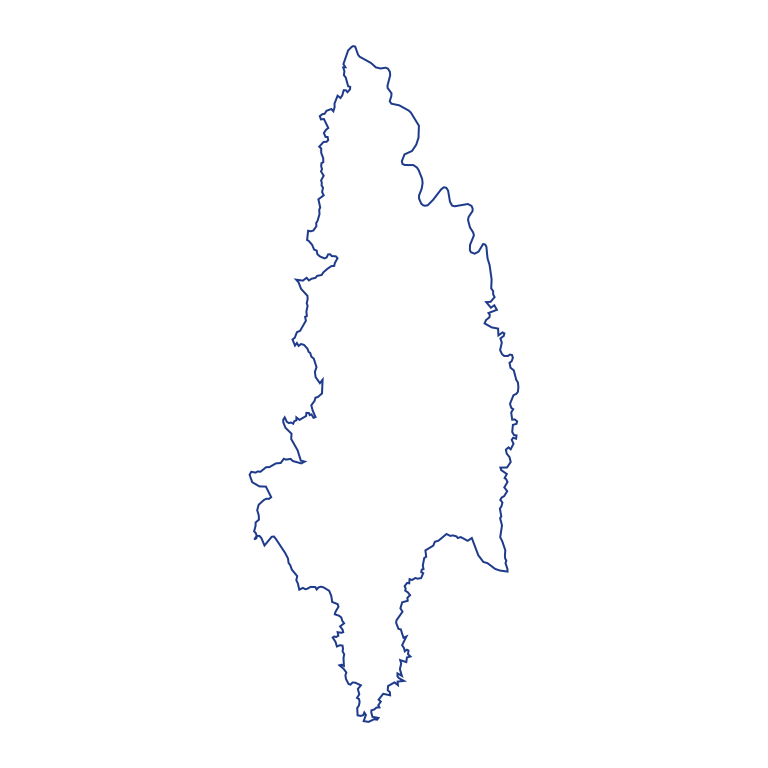 Vacaria, Rio Grande do Sul, Brazil
{"feature_id": "56859067B46589048309453", "entity_name": "Vacaria", "entity_type": "district", "adm_level": 2, "iso_a3": "BRA", "parent_name": "Brazil", "parent_adm1": "Rio Grande do Sul", "projection": "equal_earth", "projection_center": [-50.936, -28.365], "detail": "fine", "context": "isolated", "style": "outline", "palette": "blue", "viewbox_px": 768, "rotation_deg": 0, "n_neighbors": 0, "source": "geoboundaries", "source_scale": "gbopen_adm2", "svg_char_len": 6096}
<svg xmlns="http://www.w3.org/2000/svg" viewBox="0 0 768 768"><path d="M418.9,125.7L410.8,112.5L408.6,110.5L399.2,105.3L391.4,103.7L389.7,101.2L391.3,96.3L391.5,93.3L387.6,87.9L387.5,85.6L390.2,75.3L389.9,71.9L388.0,68.7L385.6,67.7L380.7,68.5L375.9,67.4L371.0,63.0L359.6,56.7L358.0,54.6L355.2,46.6L353.2,46.1L351.5,47.0L348.1,50.5L343.4,64.1L345.4,67.3L343.2,67.4L344.4,71.2L343.9,75.2L345.8,77.6L348.1,86.2L350.2,86.9L350.1,89.2L347.5,92.2L345.9,90.3L343.7,90.2L342.3,95.3L340.5,98.0L337.6,95.7L334.5,103.6L334.6,107.3L333.3,111.3L331.3,109.0L326.5,110.8L324.6,113.8L322.5,114.1L319.8,116.1L320.9,119.4L323.9,119.0L328.3,128.0L326.0,129.8L323.9,133.0L325.5,136.9L327.6,137.0L328.2,140.1L326.6,141.8L323.6,141.9L319.2,146.7L321.2,148.4L321.2,152.8L323.2,158.2L323.3,162.2L321.4,163.2L321.2,166.3L322.0,169.2L321.0,171.4L323.7,175.7L321.1,180.4L321.8,182.7L321.6,185.5L323.0,187.7L322.1,192.1L323.7,195.3L318.4,199.3L320.2,207.5L319.2,209.8L319.5,214.1L317.5,221.0L316.2,223.0L316.4,226.2L313.4,230.5L310.7,231.3L308.1,230.8L307.1,240.0L308.7,240.9L312.1,244.8L314.1,249.6L316.7,250.6L317.3,254.1L319.9,256.4L324.4,258.4L326.6,257.5L328.1,254.4L330.2,254.3L331.7,256.1L335.8,256.3L337.5,258.2L334.8,263.1L334.2,265.9L331.4,266.1L327.4,268.8L323.4,272.3L321.6,275.0L317.1,275.9L315.4,277.9L311.7,278.7L308.9,280.4L306.6,277.8L302.9,280.6L296.2,279.7L298.5,282.2L301.1,288.9L307.5,295.9L307.6,299.4L306.7,303.2L307.6,306.0L306.4,311.3L306.8,316.1L305.1,316.9L305.9,320.7L300.1,330.8L296.9,332.2L294.8,337.7L292.5,339.5L295.0,345.6L296.9,343.0L298.6,345.9L301.0,344.0L304.0,344.9L307.4,348.6L308.6,351.8L310.2,353.0L311.4,356.7L313.8,358.7L316.5,367.2L314.9,371.8L315.6,377.1L319.9,383.2L322.6,379.7L322.0,393.4L317.8,397.1L315.5,397.6L314.6,400.8L311.3,405.3L312.6,410.3L315.5,417.1L313.5,417.8L311.5,414.4L309.7,415.1L308.9,413.0L306.4,412.9L306.1,416.0L299.5,419.9L296.4,417.4L296.4,420.3L294.3,421.2L293.2,423.7L290.9,422.5L288.8,423.1L286.8,421.8L284.7,417.4L283.2,419.9L283.3,422.4L285.5,427.8L291.5,433.7L291.2,439.0L297.6,450.3L300.8,460.6L304.7,461.6L301.3,463.4L292.7,461.0L290.6,458.9L286.0,459.6L283.8,458.8L280.7,463.0L275.9,463.4L269.4,467.1L266.1,467.2L260.4,471.8L257.8,471.4L255.6,472.6L251.3,471.8L249.6,474.7L252.2,482.2L259.4,486.4L265.9,486.6L271.2,497.2L268.9,498.9L266.6,498.7L264.0,499.9L258.7,504.7L257.2,510.2L258.8,515.5L258.9,519.7L255.6,522.5L255.6,525.7L254.1,531.3L255.7,533.0L256.7,535.8L259.5,536.0L261.4,538.1L264.5,545.5L271.7,536.8L273.9,536.5L275.9,539.0L285.1,552.9L288.0,558.5L288.6,563.0L290.3,565.3L291.8,569.6L297.2,576.1L296.3,580.2L297.8,583.3L299.3,589.7L302.9,587.9L305.3,589.2L307.0,588.9L310.6,586.9L315.4,587.1L316.7,589.5L318.5,587.4L321.0,586.7L323.6,587.4L329.2,590.8L331.3,596.0L332.2,602.0L337.6,604.1L338.5,606.7L335.5,611.8L334.8,614.3L339.0,615.7L341.3,617.5L342.2,620.7L344.1,623.3L340.1,626.4L342.6,629.7L343.2,632.2L341.4,632.8L337.6,632.2L338.3,635.7L336.2,637.0L334.2,636.5L332.7,637.6L335.5,641.8L336.9,646.5L340.1,645.2L342.5,645.6L343.0,648.5L342.6,651.4L344.2,654.3L343.5,658.0L343.9,665.9L341.3,664.7L339.4,665.3L343.5,668.7L346.3,672.4L345.4,675.5L346.0,679.0L348.5,683.9L350.4,684.7L352.5,682.5L355.0,682.6L360.9,685.3L357.8,689.0L359.3,694.3L357.0,697.9L359.1,699.1L359.6,702.1L358.9,705.5L357.2,708.1L357.6,715.3L360.5,715.9L363.3,715.2L364.3,712.5L365.9,714.9L363.7,721.1L368.5,721.9L374.2,719.2L377.1,719.7L378.4,717.9L372.5,716.9L371.3,712.7L371.4,710.3L374.2,709.5L376.4,707.6L379.4,707.4L378.3,705.2L380.8,701.6L378.6,699.7L383.2,693.8L390.1,695.3L389.9,692.2L387.7,690.2L388.1,686.0L394.5,682.4L397.9,685.1L397.6,681.6L403.9,680.9L398.7,678.0L397.4,676.0L397.5,673.4L401.9,675.9L399.9,669.2L401.2,663.5L400.2,660.1L406.3,662.1L406.9,657.5L410.4,656.5L408.0,654.2L408.5,650.5L406.8,649.7L404.8,651.3L403.9,647.9L402.1,645.2L406.4,636.5L403.5,637.8L400.8,629.4L398.5,628.9L396.1,622.8L396.5,620.3L402.5,611.7L400.4,608.3L402.2,602.3L407.7,600.8L407.4,597.7L410.1,595.2L407.9,592.4L405.2,590.6L405.7,588.4L404.6,586.2L407.1,582.9L409.2,583.3L409.6,579.1L412.0,580.0L415.4,578.0L417.6,578.7L421.1,578.1L423.2,573.2L421.2,572.0L421.8,569.6L423.5,569.1L422.8,565.6L424.2,558.1L426.2,556.7L425.4,550.4L433.3,545.6L434.8,541.8L438.6,540.6L446.5,534.0L450.3,535.9L453.0,535.4L456.5,536.4L457.7,538.0L460.8,537.1L467.7,540.8L471.8,538.0L478.3,555.3L483.4,562.0L487.4,563.1L495.1,568.9L499.8,570.5L507.5,571.6L507.4,568.8L505.5,563.1L506.3,560.5L505.2,558.6L504.9,555.8L505.3,550.3L502.3,541.4L500.2,537.2L502.0,525.4L500.1,518.2L501.3,516.4L499.9,508.6L501.6,506.0L502.4,502.5L500.3,499.9L501.7,497.5L504.1,496.2L507.2,491.2L504.3,487.4L507.5,482.0L506.2,479.2L504.6,478.1L506.8,474.0L501.2,470.1L500.4,467.6L507.0,467.5L510.7,462.0L509.5,457.1L506.7,453.6L505.9,449.6L508.5,447.4L510.7,449.3L513.5,443.7L511.7,439.9L513.1,437.8L516.1,438.7L516.5,435.4L514.1,435.2L512.2,432.0L512.9,424.9L516.5,423.8L517.1,421.3L514.7,419.4L512.2,419.7L511.2,412.5L513.2,409.2L511.2,407.8L510.0,403.8L513.5,395.2L516.3,393.9L517.9,391.8L518.4,387.2L517.9,382.5L516.2,379.7L513.8,370.4L510.5,367.7L509.5,362.8L511.6,361.3L512.9,357.8L512.0,355.0L509.8,354.6L507.9,356.0L504.0,355.9L502.0,354.1L500.1,350.1L501.8,342.7L500.4,338.4L503.7,336.0L504.4,333.4L502.6,332.4L498.4,335.4L498.1,328.6L491.7,327.4L484.6,323.4L486.0,320.1L489.5,317.2L489.8,314.8L488.5,313.0L496.9,309.8L494.3,305.3L490.9,307.7L486.2,302.1L490.6,301.8L494.6,297.1L493.2,294.5L493.1,291.0L491.2,288.4L491.6,279.4L489.6,265.2L487.5,258.2L486.4,246.7L485.2,244.6L483.1,244.0L478.6,251.6L474.7,253.7L470.9,252.2L469.9,250.1L470.0,245.0L473.9,235.4L473.2,232.5L470.0,227.5L468.0,219.9L468.7,216.8L472.6,211.0L472.6,208.4L471.5,205.9L467.8,204.0L454.7,206.3L452.1,205.6L450.0,201.8L448.1,190.6L446.3,187.8L443.8,187.3L441.2,189.3L433.2,199.7L427.8,205.2L425.1,205.8L423.0,205.2L421.2,203.6L419.0,198.4L419.1,195.3L421.7,188.6L422.6,183.2L422.1,178.8L418.7,170.2L416.9,167.5L413.4,165.1L404.9,165.0L402.6,164.1L401.8,161.3L404.5,154.4L412.0,151.0L416.2,144.8L418.5,137.7L418.9,125.7ZM256.7,535.8L254.3,539.5L256.4,538.2L256.7,535.8Z" fill="none" stroke="#1e3a8a" stroke-width="2"/></svg>